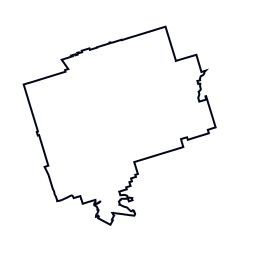 Swan, Western Australia, Australia (Albers equal-area conic projection), rotated 343°
{"feature_id": "25037944B80977400134390", "entity_name": "Swan", "entity_type": "district", "adm_level": 2, "iso_a3": "AUS", "parent_name": "Australia", "parent_adm1": "Western Australia", "projection": "albers", "projection_center": [116.002, -31.77], "detail": "fine", "context": "isolated", "style": "outline", "palette": "ink", "viewbox_px": 256, "rotation_deg": 343, "n_neighbors": 0, "source": "geoboundaries", "source_scale": "gbopen_adm2", "svg_char_len": 4880}
<svg xmlns="http://www.w3.org/2000/svg" viewBox="0 0 256 256"><g transform="rotate(343 128 128)"><path d="M73.7,190.6L73.8,190.7L74.2,190.8L74.5,191.0L75.1,191.0L75.5,191.1L75.9,191.1L76.5,191.0L77.2,190.9L77.5,190.8L77.8,190.8L78.2,190.7L78.7,190.5L79.1,190.4L79.4,190.4L79.5,190.4L79.7,190.2L79.9,190.3L79.7,190.6L79.4,190.7L79.1,190.7L78.8,190.8L78.3,191.0L78.0,191.0L77.7,191.1L77.3,191.2L76.6,191.4L76.3,191.3L76.1,191.4L75.8,191.3L75.2,191.4L74.8,191.3L74.1,191.0L73.7,191.0L73.4,191.0L73.2,191.5L73.2,192.1L73.3,192.3L73.5,192.5L73.8,192.6L74.4,193.1L74.7,193.5L74.8,193.7L74.8,193.9L75.0,194.0L75.1,194.4L75.2,194.6L75.3,194.8L75.3,195.1L75.4,195.5L75.5,195.6L76.2,195.6L75.9,195.7L75.7,195.7L75.4,195.7L75.3,195.9L75.2,196.1L75.1,196.4L75.1,196.6L75.0,197.0L74.8,197.3L74.8,197.5L74.9,197.9L74.9,198.0L75.0,198.2L75.1,198.4L75.1,198.8L75.3,198.6L75.4,198.2L75.4,197.8L75.3,197.5L75.3,197.3L75.3,197.1L75.6,197.1L75.7,197.3L75.8,197.4L75.8,197.5L75.8,197.8L75.7,197.9L75.7,198.0L75.6,198.5L75.4,198.7L75.2,198.8L75.1,199.1L74.4,199.8L74.0,200.3L73.9,200.5L73.7,200.8L72.8,201.4L72.5,201.5L72.2,201.8L72.0,202.3L71.7,202.8L71.6,203.0L71.4,203.5L71.6,203.5L72.0,203.4L72.4,203.8L73.1,203.6L72.8,204.2L72.6,204.4L73.0,204.2L74.2,203.9L74.3,204.2L74.0,204.5L73.1,205.6L82.9,215.4L86.5,211.9L85.7,211.1L89.1,207.7L88.7,207.3L88.7,207.0L88.6,206.5L88.2,204.8L89.3,205.3L89.4,205.1L89.5,205.2L98.7,209.3L99.0,209.4L99.1,209.5L99.5,209.8L100.3,210.1L101.4,210.5L101.5,210.6L102.0,210.8L103.5,211.6L104.6,212.1L104.8,212.1L108.4,213.7L109.4,212.8L109.6,212.6L109.7,212.3L109.7,212.1L109.6,211.4L109.6,210.1L109.4,210.0L109.6,209.8L109.6,209.7L109.5,209.1L109.4,209.0L109.3,208.9L109.2,208.5L109.1,208.4L108.8,208.2L108.7,208.1L108.3,208.1L107.4,208.6L107.1,208.6L106.9,208.6L106.6,208.4L106.3,208.2L105.5,206.7L105.0,206.0L104.9,205.7L104.6,205.2L104.4,204.7L104.0,204.1L103.9,203.9L103.7,203.7L103.2,203.3L102.9,203.1L101.8,202.5L101.3,202.1L100.9,201.9L100.8,201.7L99.3,200.4L98.7,199.7L98.3,199.4L98.1,199.0L97.4,198.9L97.7,197.9L97.9,197.5L97.9,197.2L97.9,195.9L97.9,195.7L98.3,195.7L99.4,194.6L99.5,194.6L100.1,194.7L100.5,194.2L101.0,193.8L105.7,195.2L105.8,195.0L106.0,195.1L107.4,195.5L107.4,198.4L111.2,198.4L111.0,197.1L111.1,196.8L111.6,196.2L111.2,196.0L107.4,194.4L107.4,194.1L107.4,192.6L106.6,192.0L105.8,191.3L105.6,191.2L105.3,191.0L103.5,190.6L101.0,190.1L101.0,188.0L101.1,187.9L101.0,186.3L102.2,186.3L103.0,186.3L104.2,186.3L108.0,186.3L108.9,186.3L108.9,184.2L113.5,184.2L113.5,180.2L115.0,180.2L115.3,180.1L115.6,180.2L116.2,180.2L116.2,177.1L119.8,177.1L121.3,177.1L121.3,174.9L124.0,174.9L124.0,162.4L149.0,162.4L148.9,162.4L149.0,162.4L154.0,162.4L157.7,162.4L175.3,162.4L175.4,155.8L175.5,154.1L179.1,154.1L181.8,154.2L181.8,156.5L181.8,156.8L187.1,156.7L203.8,156.7L203.8,153.1L212.0,153.0L212.0,145.3L212.0,143.5L212.0,142.1L212.0,131.2L212.0,120.4L211.3,120.4L211.2,123.7L203.9,123.6L204.0,119.5L204.3,119.2L204.5,119.0L205.8,117.2L206.1,116.6L206.1,116.3L206.2,114.9L206.2,114.5L206.2,114.1L206.6,114.1L207.2,113.5L207.3,113.5L207.5,113.3L208.7,112.6L209.0,112.0L209.1,110.5L209.1,109.4L209.4,108.4L210.1,106.8L209.8,106.5L208.1,106.5L208.1,103.3L208.9,103.4L210.0,103.4L210.9,103.4L210.9,103.0L211.2,102.2L212.0,100.7L212.3,100.4L212.7,99.8L215.1,99.4L215.8,99.0L216.3,98.6L216.7,98.3L217.0,97.9L217.3,97.1L217.8,96.4L218.2,96.4L219.1,95.9L214.6,95.9L214.8,78.0L193.4,77.8L193.5,77.0L193.5,66.9L193.5,66.3L193.5,42.1L186.4,42.1L186.1,42.1L185.3,42.1L155.9,42.1L147.7,42.2L147.7,41.7L137.9,41.8L137.9,41.7L137.1,41.6L136.5,41.5L136.2,41.5L136.2,41.0L135.2,40.9L135.1,41.7L122.1,41.7L122.1,42.1L114.4,42.1L114.4,40.6L106.3,40.6L106.3,42.1L103.1,42.1L103.1,41.3L101.3,41.3L101.3,43.1L99.0,43.1L99.0,42.1L95.1,42.1L95.8,43.2L84.6,43.4L88.1,54.2L84.7,54.2L84.7,55.9L73.5,55.9L50.2,56.0L43.3,55.9L41.0,55.9L40.9,72.8L40.9,105.1L39.6,105.1L39.6,108.8L40.9,108.8L40.8,140.8L37.6,140.8L37.4,140.8L36.9,140.8L38.2,149.0L38.3,149.7L38.3,152.1L38.3,153.6L38.3,155.0L38.3,163.4L38.3,164.1L38.7,166.9L38.8,167.4L38.7,168.0L38.5,169.6L38.5,170.2L38.6,170.8L38.9,172.3L39.0,172.7L39.0,173.0L39.1,175.8L39.1,176.1L39.1,176.4L38.9,177.2L39.7,177.3L40.0,177.3L40.8,177.5L42.1,177.6L43.8,177.5L46.7,177.1L48.5,176.9L49.5,176.8L50.5,176.5L51.0,176.5L52.3,176.2L53.7,176.0L54.1,176.0L54.5,176.1L54.8,176.3L55.1,176.6L55.2,176.9L55.4,177.4L55.6,179.2L55.9,179.2L56.3,179.2L58.0,179.2L58.7,179.1L58.8,179.1L60.9,179.2L61.0,179.2L61.3,179.2L61.5,179.2L62.5,179.2L62.5,181.2L62.5,181.9L62.6,182.2L62.5,182.4L62.4,182.5L62.5,182.7L62.5,182.8L62.6,183.0L62.6,184.3L62.6,184.6L62.5,187.1L62.9,187.2L63.0,187.4L63.4,187.3L63.6,187.2L63.9,187.2L67.2,187.2L68.6,187.1L69.8,187.2L75.8,187.2L75.7,187.8L75.5,188.1L75.3,188.5L75.4,188.9L75.3,189.0L75.1,189.2L74.5,189.7L74.3,190.0L74.1,190.1L74.1,190.3L73.8,190.5L73.7,190.6Z" fill="none" stroke="#020617" stroke-width="2"/></g></svg>